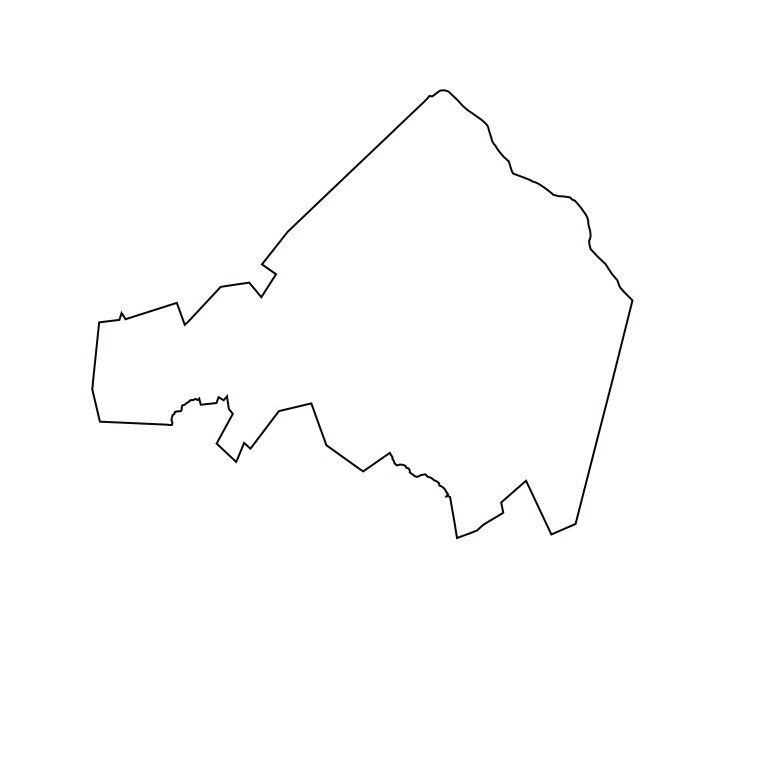 Pimenteiras, Piauí, Brazil, rotated 328°
{"feature_id": "56859067B57071973654521", "entity_name": "Pimenteiras", "entity_type": "district", "adm_level": 2, "iso_a3": "BRA", "parent_name": "Brazil", "parent_adm1": "Piauí", "projection": "robinson", "projection_center": [-41.189, -6.401], "detail": "fine", "context": "isolated", "style": "outline", "palette": "ink", "viewbox_px": 768, "rotation_deg": 328, "n_neighbors": 0, "source": "geoboundaries", "source_scale": "gbopen_adm2", "svg_char_len": 2314}
<svg xmlns="http://www.w3.org/2000/svg" viewBox="0 0 768 768"><g transform="rotate(328 384 384)"><path d="M179.0,303.9L180.6,305.3L182.4,306.3L184.1,304.7L184.5,302.2L186.2,300.2L188.2,298.4L190.3,298.3L192.0,296.9L194.0,297.6L195.4,298.4L197.5,299.4L199.0,298.4L200.0,296.7L201.5,295.3L203.9,296.0L206.8,295.5L208.9,295.7L211.2,295.2L213.8,296.5L216.2,296.7L217.6,298.9L219.6,298.4L217.6,304.5L231.9,311.4L236.7,307.5L239.4,312.8L244.3,311.3L239.2,322.9L240.0,329.2L210.5,345.8L217.3,371.7L220.8,369.4L234.2,359.8L236.4,368.1L280.5,351.3L309.6,361.1L312.1,362.0L306.5,387.6L304.5,397.2L302.7,405.4L318.7,444.2L320.1,447.1L352.4,445.5L352.3,447.5L352.4,450.6L351.5,452.0L351.6,454.4L350.9,456.7L351.7,459.8L354.9,460.8L357.1,462.5L358.9,464.8L358.4,466.7L360.1,468.6L360.0,471.2L359.0,472.7L360.4,476.0L361.2,478.4L362.7,480.2L364.3,480.6L367.0,480.8L371.2,482.5L371.9,485.8L373.4,487.4L374.6,489.3L375.6,492.5L377.0,494.0L378.1,497.6L377.1,499.4L378.7,501.6L379.5,503.8L379.8,506.2L379.7,509.2L379.8,511.4L377.4,512.4L379.2,513.2L380.1,514.9L370.4,538.8L364.3,553.3L374.8,555.5L376.3,555.9L385.4,557.5L393.4,556.0L416.9,556.4L420.6,546.6L453.2,541.3L446.2,600.3L472.3,604.2L526.7,552.3L577.5,504.0L586.9,495.0L639.0,444.8L636.4,433.3L635.4,427.0L636.0,423.3L636.9,419.6L636.4,417.0L635.6,411.1L635.4,399.4L634.6,396.6L632.7,389.2L630.7,379.0L632.2,374.5L633.8,371.3L636.0,369.8L637.8,367.7L638.8,365.8L639.8,363.7L642.0,356.8L643.9,353.3L644.7,350.2L644.9,347.4L644.4,338.4L643.4,331.6L642.9,329.5L641.4,327.4L640.6,324.2L639.3,323.2L636.7,320.9L631.5,317.1L627.8,313.2L627.0,310.2L624.2,302.8L622.5,298.9L620.7,295.4L618.7,292.5L616.9,290.6L616.4,288.9L614.6,286.5L605.0,273.9L605.2,271.2L607.8,261.2L606.0,255.3L605.2,250.5L604.8,246.2L604.7,243.9L604.8,241.2L604.4,238.8L604.4,235.7L606.0,230.1L606.6,227.4L608.5,221.1L608.6,219.1L608.1,216.3L606.8,211.9L602.1,200.7L600.1,196.2L598.2,190.1L596.6,181.3L593.6,170.1L591.4,167.4L589.5,166.1L586.9,164.9L577.2,165.7L575.3,163.8L570.1,165.4L529.9,173.6L526.9,174.3L472.6,185.4L418.7,196.5L382.9,203.9L343.9,217.9L350.6,233.7L326.0,245.4L323.4,226.6L310.2,220.8L297.0,215.1L251.1,227.4L246.4,228.2L251.3,205.4L199.2,192.1L199.0,184.8L193.6,189.4L175.1,180.8L140.4,225.3L133.8,233.9L123.1,265.4L179.0,303.9Z" fill="none" stroke="#020617" stroke-width="2"/></g></svg>